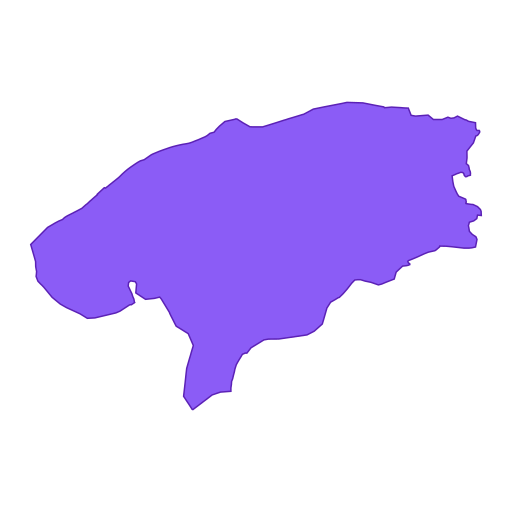 Al Marawi'ah, Al Hudaydah, Yemen (Albers equal-area conic projection)
{"feature_id": "15242507B52368246204480", "entity_name": "Al Marawi'ah", "entity_type": "district", "adm_level": 2, "iso_a3": "YEM", "parent_name": "Yemen", "parent_adm1": "Al Hudaydah", "projection": "albers", "projection_center": [43.217, 14.842], "detail": "fine", "context": "isolated", "style": "filled", "palette": "violet", "viewbox_px": 512, "rotation_deg": 0, "n_neighbors": 0, "source": "geoboundaries", "source_scale": "gbopen_adm2", "svg_char_len": 4428}
<svg xmlns="http://www.w3.org/2000/svg" viewBox="0 0 512 512"><path d="M30.7,244.5L31.3,246.5L34.5,257.6L35.6,261.6L35.7,266.5L36.1,268.9L36.2,269.4L36.3,270.0L36.6,271.5L36.5,272.5L36.4,273.9L36.4,274.0L36.1,276.4L36.2,276.7L37.8,280.9L38.0,281.3L40.9,284.3L41.5,284.8L43.8,287.2L52.1,297.3L60.2,304.0L66.5,307.6L80.0,313.8L87.3,318.3L94.9,317.9L115.9,312.9L119.9,311.2L121.3,310.3L124.8,308.0L129.7,304.8L131.4,304.7L131.5,304.7L132.6,303.9L134.2,302.9L134.7,302.5L134.4,302.0L133.9,299.1L132.7,296.4L132.0,294.1L131.9,293.7L130.6,291.1L129.1,287.9L128.2,286.1L128.6,282.5L130.6,280.9L135.3,281.7L136.6,284.0L136.5,284.8L135.8,292.9L136.2,293.2L144.9,298.9L145.2,299.1L145.5,299.3L154.3,298.4L159.7,297.1L159.8,297.2L161.3,299.0L169.5,312.5L169.7,313.3L169.9,313.7L171.1,316.2L172.4,318.7L174.7,323.3L176.2,326.2L177.5,327.0L179.2,328.0L181.1,329.2L183.2,330.5L184.6,331.4L188.2,333.6L193.0,344.7L193.3,345.5L193.1,346.3L192.5,348.3L191.2,352.7L190.4,355.6L189.6,358.2L186.7,368.3L186.3,371.8L186.1,373.5L185.2,382.1L183.6,396.3L187.5,402.2L189.7,405.5L189.8,405.7L190.9,407.4L192.1,409.3L192.9,409.6L212.2,394.9L220.4,392.1L230.9,391.3L230.9,391.0L230.9,387.9L231.4,384.5L231.6,381.4L232.6,378.9L233.5,375.1L234.4,371.7L234.9,369.1L236.3,364.7L237.6,362.3L239.5,359.1L240.2,358.0L241.4,356.0L242.4,354.3L244.1,353.6L245.1,353.1L246.9,353.1L251.0,347.8L259.7,342.5L263.9,339.9L268.4,339.1L278.7,339.0L307.0,334.9L314.2,331.2L322.3,324.0L323.6,319.6L326.6,309.1L326.8,308.2L329.9,303.3L330.6,302.2L335.3,299.5L337.4,298.2L338.0,297.8L339.3,297.4L343.2,293.6L347.2,289.0L351.7,283.2L354.8,280.0L357.7,279.7L360.6,279.7L365.1,281.1L370.9,282.3L378.4,284.9L380.7,284.3L381.8,284.0L386.1,282.2L392.5,279.7L393.0,279.5L394.2,279.1L396.1,272.3L396.2,272.1L396.7,271.6L401.6,267.0L402.6,266.1L406.2,265.7L408.1,265.3L409.8,264.6L409.7,263.7L409.4,263.4L408.8,263.3L408.3,262.7L407.8,261.3L408.5,260.6L412.5,259.0L417.5,256.9L424.0,253.9L428.0,252.3L428.6,252.1L434.9,250.7L436.4,249.7L437.5,248.7L439.5,247.0L439.7,246.1L446.0,246.2L452.4,246.8L463.9,248.1L469.1,248.1L471.9,247.8L475.5,247.0L477.0,239.4L476.9,239.2L476.6,238.5L476.0,236.9L472.3,234.4L471.6,233.7L469.4,231.3L469.4,231.2L468.8,227.6L468.4,225.6L468.9,224.0L469.0,223.6L469.4,222.2L473.7,220.9L476.8,218.6L477.5,215.1L481.3,215.5L481.1,211.3L480.4,209.5L479.0,208.1L477.5,206.6L473.0,204.5L471.3,204.4L469.3,204.1L466.7,203.7L466.2,203.6L465.9,203.5L465.8,203.1L465.9,202.7L466.2,202.3L466.2,201.6L465.9,200.2L465.8,199.4L465.3,199.0L458.7,196.2L458.1,195.2L457.3,194.0L457.0,193.4L455.8,190.9L453.8,186.4L453.3,184.0L452.8,181.4L452.1,175.8L455.4,174.4L456.6,173.8L458.7,173.1L460.8,172.3L462.6,172.5L463.7,173.4L464.3,175.4L465.5,176.7L466.8,176.6L467.8,175.9L470.4,175.2L470.4,174.2L470.5,173.2L470.2,171.5L469.2,169.1L469.2,168.6L469.2,168.3L468.5,165.5L466.5,163.8L466.3,163.7L467.0,158.0L467.0,156.4L466.9,151.4L466.9,151.1L471.4,145.4L473.4,142.9L475.8,136.0L477.2,135.5L478.2,134.6L479.6,132.4L479.7,131.2L479.1,130.4L478.4,130.5L477.1,130.5L476.4,129.7L475.7,128.1L475.5,122.7L470.0,121.6L468.5,121.3L466.6,120.2L466.2,120.0L464.8,119.7L457.5,116.1L454.0,117.9L450.9,118.3L447.9,117.2L442.2,119.5L433.4,119.5L428.1,115.1L420.5,115.7L415.5,116.1L411.1,115.3L408.3,108.1L405.7,108.0L402.3,107.8L401.8,107.7L391.5,107.1L387.2,107.5L384.5,107.7L383.8,106.9L375.1,105.3L362.9,102.9L346.9,102.4L341.7,103.5L324.6,106.8L318.2,108.1L313.3,109.1L303.4,114.4L302.6,114.5L299.1,115.6L293.2,117.4L288.1,118.9L286.1,119.6L284.0,120.2L275.9,122.8L273.0,123.7L268.5,125.1L262.6,126.9L256.7,126.9L252.7,126.9L250.8,126.8L250.3,126.8L250.0,126.8L243.1,122.9L237.0,119.0L235.8,118.9L234.7,119.3L224.9,121.5L219.5,126.1L216.2,129.5L214.1,132.2L210.0,133.3L207.3,135.5L205.3,136.7L201.8,138.2L198.4,139.7L195.5,140.8L195.0,141.0L192.1,142.2L189.1,143.2L186.0,143.8L182.8,144.3L179.5,145.0L176.5,145.7L173.0,146.6L169.7,147.6L166.3,148.8L163.1,149.9L159.3,151.3L155.5,152.9L152.6,154.1L151.1,154.9L144.2,159.7L140.3,160.9L138.0,162.2L137.5,162.5L134.3,164.6L132.6,165.8L131.1,166.8L127.7,169.3L125.3,171.3L122.3,174.0L119.7,176.6L118.5,177.7L105.5,188.1L104.3,187.7L97.6,193.9L97.2,194.3L97.4,194.7L94.8,196.9L92.3,199.1L91.8,199.6L90.0,201.1L87.3,203.7L85.8,204.8L81.9,208.3L77.2,210.8L67.6,215.7L67.1,216.0L66.5,216.3L65.6,216.9L64.5,217.6L62.5,219.5L59.7,220.7L58.9,221.0L55.1,223.0L53.1,224.2L47.6,227.4L30.7,244.5Z" fill="#8b5cf6" stroke="#5b21b6" stroke-width="1.5"/></svg>